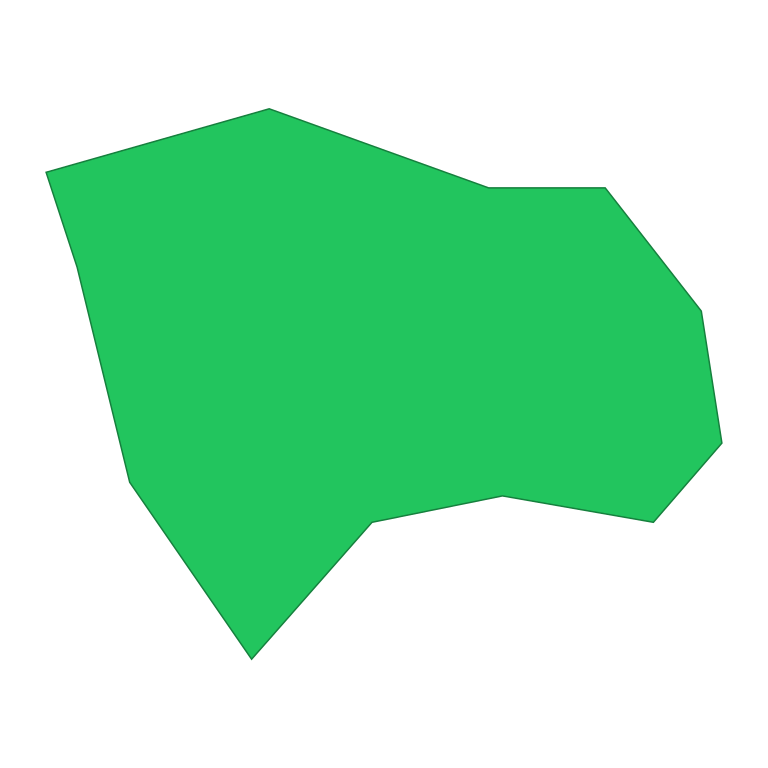 Salford, Natural Earth projection
{"feature_id": "GBR-5676", "entity_name": "Salford", "entity_type": "Metropolitan Borough", "adm_level": 1, "iso_a3": "GBR", "parent_name": "United Kingdom", "parent_adm1": "", "projection": "natural_earth1", "projection_center": [-2.406, 53.486], "detail": "fine", "context": "isolated", "style": "filled", "palette": "green", "viewbox_px": 768, "rotation_deg": 0, "n_neighbors": 0, "source": "natural_earth", "source_scale": "10m", "svg_char_len": 286}
<svg xmlns="http://www.w3.org/2000/svg" viewBox="0 0 768 768"><path d="M129.7,482.3L77.1,267.1L46.1,172.3L269.2,108.8L488.6,187.9L605.2,187.9L701.3,311.1L721.9,443.1L653.4,522.3L502.4,495.9L372.0,522.3L251.6,659.2L129.7,482.3Z" fill="#22c55e" stroke="#15803d" stroke-width="1.5"/></svg>